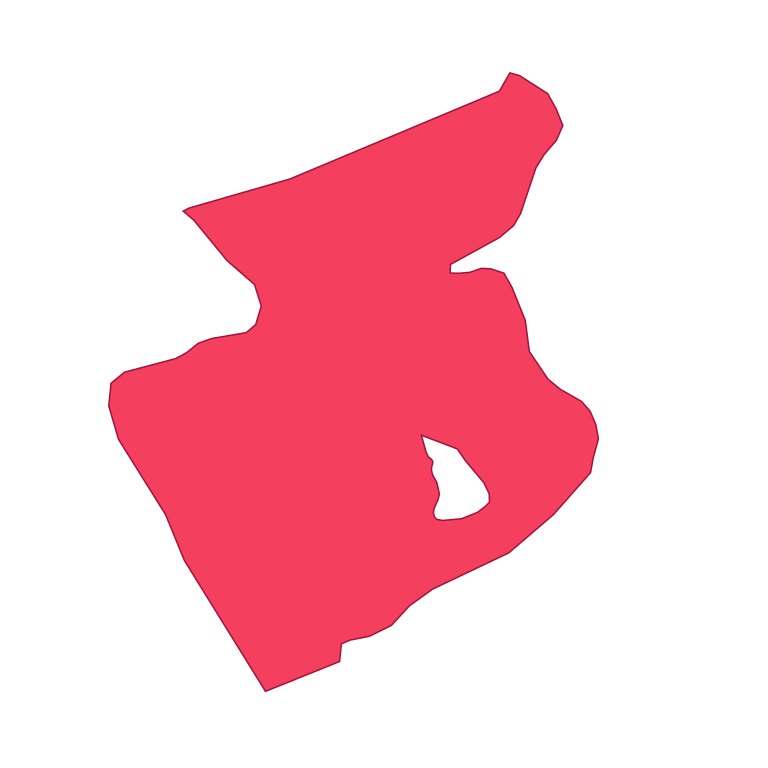 Tunapuna/Piarco, Mercator projection, rotated 337°
{"feature_id": "TTO-61", "entity_name": "Tunapuna/Piarco", "entity_type": "Region", "adm_level": 1, "iso_a3": "TTO", "parent_name": "Trinidad and Tobago", "parent_adm1": "", "projection": "mercator", "projection_center": [-61.281, 10.685], "detail": "fine", "context": "isolated", "style": "filled", "palette": "rose", "viewbox_px": 768, "rotation_deg": 337, "n_neighbors": 0, "source": "natural_earth", "source_scale": "10m", "svg_char_len": 1228}
<svg xmlns="http://www.w3.org/2000/svg" viewBox="0 0 768 768"><g transform="rotate(337 384 384)"><path d="M266.7,146.4L273.6,145.9L377.4,158.5L604.7,159.5L621.4,146.8L629.2,153.0L648.1,180.6L650.0,198.3L649.6,216.0L638.0,227.0L621.2,235.3L608.4,244.3L576.4,280.4L565.3,288.8L547.5,294.3L492.0,299.9L488.2,307.7L496.5,311.4L506.6,314.7L518.9,315.6L527.3,319.7L537.7,328.8L539.6,345.4L538.9,380.7L530.5,410.9L536.9,443.7L544.3,457.9L559.0,477.2L563.1,489.5L563.2,503.7L560.0,518.2L547.7,533.8L539.5,546.3L489.0,570.4L432.9,588.2L348.3,591.8L320.8,598.1L296.5,609.1L271.9,610.5L252.8,606.5L243.3,606.5L234.7,622.1L154.8,620.6L131.3,468.5L131.9,418.8L118.0,331.2L122.1,296.6L133.0,276.7L149.8,271.7L202.1,279.2L214.6,278.0L229.0,273.9L243.3,274.8L277.3,282.9L289.1,279.2L301.5,264.3L303.7,242.0L287.7,209.0L273.0,159.1L266.7,146.4ZM419.7,538.7L429.0,536.4L434.9,534.0L437.9,526.2L437.4,514.2L428.9,486.2L426.1,472.4L398.4,445.8L396.1,463.6L396.4,468.5L398.1,471.6L398.7,474.1L397.6,476.5L395.8,478.5L394.2,481.5L393.5,484.7L393.3,488.4L393.8,492.1L394.1,495.7L392.0,507.0L388.8,511.3L381.4,518.3L379.2,521.9L378.5,525.7L379.6,529.2L384.4,532.4L402.5,538.3L419.7,538.7Z" fill="#f43f5e" stroke="#9f1239" stroke-width="1.5"/></g></svg>